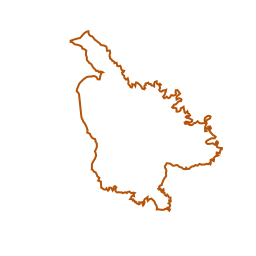 Santa Maria do Oeste, Paraná, Brazil, rotated 209°
{"feature_id": "56859067B61626353113950", "entity_name": "Santa Maria do Oeste", "entity_type": "district", "adm_level": 2, "iso_a3": "BRA", "parent_name": "Brazil", "parent_adm1": "Paraná", "projection": "robinson", "projection_center": [-51.949, -24.903], "detail": "fine", "context": "isolated", "style": "outline", "palette": "amber", "viewbox_px": 256, "rotation_deg": 209, "n_neighbors": 0, "source": "geoboundaries", "source_scale": "gbopen_adm2", "svg_char_len": 5776}
<svg xmlns="http://www.w3.org/2000/svg" viewBox="0 0 256 256"><g transform="rotate(209 128 128)"><path d="M175.2,116.6L173.9,114.9L173.1,114.0L171.8,113.3L170.0,111.8L168.5,111.3L167.2,110.5L164.9,108.9L162.2,106.4L161.4,104.2L160.0,104.4L158.4,104.5L156.9,103.1L154.4,102.0L153.0,101.9L151.5,102.4L150.6,101.7L150.0,100.5L148.6,99.9L147.5,98.8L146.4,97.0L145.8,95.2L145.7,93.5L145.6,91.5L144.6,90.8L143.5,89.6L142.5,88.5L142.2,86.4L142.0,84.8L142.2,83.5L142.2,81.1L142.0,78.9L141.1,77.0L140.1,75.5L139.6,74.2L138.2,74.1L136.5,73.3L134.8,73.5L133.1,72.4L131.4,70.9L128.9,70.5L128.6,68.8L128.6,67.5L125.7,68.0L125.0,66.7L123.1,64.0L122.6,62.9L121.1,62.8L119.3,62.6L117.8,63.3L117.5,64.8L116.6,64.1L115.1,63.5L114.7,64.9L115.5,66.7L114.0,67.5L112.5,66.8L111.1,65.9L111.1,67.6L111.9,69.2L111.3,70.8L109.5,70.5L109.4,68.7L109.1,67.4L107.9,66.6L106.3,66.3L104.9,67.4L103.6,67.8L102.3,68.7L101.0,68.5L99.7,69.9L98.9,70.7L97.5,70.5L97.0,72.2L95.6,73.2L94.4,72.6L93.2,72.9L92.0,74.1L90.6,74.4L91.0,73.0L89.7,71.3L91.4,71.0L91.8,69.8L91.4,68.5L91.6,66.9L89.0,68.0L88.5,66.9L87.1,67.6L86.1,66.6L85.2,67.2L84.1,66.3L83.0,66.6L81.9,66.3L81.0,67.1L82.1,68.5L80.9,68.9L79.6,70.0L78.6,68.8L77.3,67.6L77.1,69.2L77.5,71.1L78.6,71.3L78.8,72.7L78.8,74.2L77.9,75.6L77.4,77.0L76.6,75.2L75.4,73.9L74.8,76.0L73.3,77.6L71.8,77.2L69.9,76.8L68.4,75.9L67.3,74.8L65.7,74.1L64.3,72.7L63.3,70.7L62.1,71.6L60.6,72.1L58.4,73.0L56.8,74.0L56.4,75.2L54.6,76.0L53.6,76.3L54.9,77.4L53.4,78.6L53.5,80.6L54.5,81.5L56.0,81.8L55.4,83.0L56.8,84.5L55.3,84.9L56.4,86.4L57.1,87.7L58.6,87.1L60.1,88.2L61.4,88.7L61.6,87.2L63.5,87.5L64.6,88.9L65.8,88.5L67.0,88.5L66.3,90.3L67.3,91.6L67.9,90.4L68.7,89.3L69.6,90.3L70.9,89.1L72.0,89.5L71.1,90.8L72.3,91.6L71.9,93.5L70.9,94.3L71.3,95.7L71.6,98.2L71.8,100.5L71.7,102.4L71.3,104.4L73.1,107.3L73.6,109.1L74.7,110.3L76.1,111.0L77.2,112.3L77.0,114.0L77.1,115.9L75.2,116.8L73.6,117.3L70.7,116.8L69.5,117.3L68.5,118.2L67.4,119.3L66.0,119.4L64.4,118.9L63.3,119.1L61.9,119.5L60.0,119.0L58.6,119.6L57.5,119.9L57.8,121.4L56.3,121.0L54.8,121.7L54.1,124.1L53.3,125.5L51.8,126.5L51.0,128.3L49.0,128.8L48.0,131.3L46.2,131.5L43.1,133.3L41.9,134.8L40.3,135.2L39.8,136.5L38.3,136.2L38.6,137.7L39.4,138.6L40.3,140.1L39.4,141.3L38.3,140.6L37.0,140.6L37.4,142.0L38.4,143.2L38.1,144.8L37.6,146.0L36.5,146.8L35.7,147.8L37.0,148.2L38.1,148.3L38.5,149.6L37.0,150.1L35.5,150.3L36.5,153.4L35.6,155.0L36.3,156.0L37.5,155.3L38.7,154.9L39.8,154.6L41.2,154.7L42.0,156.1L41.9,158.1L42.7,159.3L43.8,159.5L44.1,158.2L43.5,156.8L43.7,155.5L46.2,155.8L49.1,153.6L50.5,152.7L51.7,152.7L52.9,153.3L53.0,154.8L52.3,156.0L49.9,159.6L47.2,160.9L47.0,162.7L48.2,163.0L50.0,163.0L53.3,164.0L55.7,165.5L57.8,165.9L59.4,165.9L59.9,164.2L61.0,166.1L61.3,168.3L61.4,170.1L62.9,171.8L62.9,173.2L60.9,176.2L61.3,178.0L62.5,178.0L63.6,177.6L64.4,176.8L65.5,174.0L64.9,172.1L64.0,171.2L63.2,169.6L66.6,167.3L67.9,166.9L70.3,167.7L71.4,165.1L72.6,164.3L73.0,162.4L73.8,161.4L75.5,160.5L77.6,161.0L78.7,160.2L80.0,159.4L81.1,160.2L80.5,161.6L78.9,162.3L77.6,162.5L76.2,162.9L75.2,164.8L75.7,166.1L78.0,166.2L80.1,165.9L81.4,165.3L82.8,165.6L82.2,167.3L80.3,167.9L79.9,169.2L81.5,170.0L82.7,169.9L84.1,171.4L85.0,168.8L86.2,169.2L87.1,170.5L88.1,171.4L89.7,173.5L90.5,171.9L91.4,170.9L90.7,169.0L91.1,167.8L92.3,166.4L93.5,165.9L95.1,168.6L97.3,168.3L98.2,167.3L99.4,167.5L99.0,170.8L97.8,171.6L97.1,173.7L96.8,175.5L95.8,176.5L94.7,177.2L95.0,178.8L96.4,179.2L97.9,178.6L99.3,176.5L100.4,177.9L100.6,179.5L99.1,183.3L103.0,185.1L104.5,184.2L103.9,182.5L102.6,181.4L102.7,179.8L103.8,178.4L106.1,177.7L106.1,175.3L106.7,173.9L108.1,173.8L109.3,174.2L109.8,172.9L110.8,171.6L112.5,172.4L112.1,174.8L112.3,176.1L112.6,178.0L113.2,179.9L114.4,178.5L115.6,177.8L116.3,176.0L117.9,175.7L119.3,176.5L119.3,178.6L120.9,180.1L120.3,181.8L121.7,182.1L122.5,180.7L123.9,180.7L125.0,181.6L125.6,182.7L126.9,181.2L126.6,179.5L125.3,177.1L127.1,177.2L128.1,176.6L129.3,177.5L130.9,176.7L132.3,177.5L134.2,175.3L133.3,174.1L134.1,173.0L133.6,171.7L132.3,171.2L132.5,169.8L134.5,169.3L136.2,170.4L138.0,171.4L141.7,172.1L143.0,171.8L142.8,170.4L142.0,168.3L143.2,169.0L145.6,168.4L144.5,166.9L144.4,165.2L145.7,165.1L147.2,166.2L148.3,166.2L149.3,167.0L150.0,168.8L150.8,169.7L152.3,171.3L153.1,169.4L155.3,170.0L156.7,171.8L158.7,172.2L160.1,173.7L159.1,174.8L159.1,176.1L160.6,175.7L162.0,175.9L162.9,176.8L164.0,178.1L165.1,178.6L166.0,177.5L167.5,177.1L168.5,178.4L169.7,179.5L171.2,178.1L172.0,179.2L173.1,179.3L174.5,179.2L175.7,180.0L177.3,180.0L177.9,181.2L179.0,181.8L179.7,183.7L180.2,185.5L181.6,186.9L182.6,186.2L183.6,185.3L184.7,186.6L185.6,187.9L186.6,188.7L188.5,188.6L190.1,188.1L191.6,187.5L193.2,187.9L194.2,188.5L195.6,188.5L198.6,189.1L199.9,189.1L200.9,189.7L202.4,190.3L203.9,190.8L205.1,190.4L206.6,190.5L208.1,191.4L209.5,193.4L210.7,192.4L211.6,190.9L212.2,189.6L212.7,187.7L213.1,185.4L213.7,183.2L215.3,182.1L216.4,180.8L217.7,179.7L220.5,176.5L219.9,175.5L218.7,176.1L215.3,175.4L214.1,175.7L212.8,176.2L210.8,176.6L208.7,176.8L207.3,176.4L206.5,175.3L204.8,175.7L203.4,175.7L202.0,175.5L201.5,174.1L200.6,172.1L199.8,171.2L198.3,169.9L197.4,168.2L196.5,167.3L194.8,166.8L193.4,166.1L192.2,166.2L190.8,165.9L189.1,164.8L187.8,164.2L186.8,163.6L185.3,163.4L183.5,162.5L182.2,163.4L180.3,162.7L179.5,164.1L178.1,164.4L177.0,164.5L178.0,163.1L177.3,159.5L176.3,156.9L178.1,155.9L180.2,157.2L181.5,157.2L182.6,157.1L183.8,156.4L185.0,155.2L186.5,154.4L187.6,153.6L188.8,152.6L190.4,149.2L191.2,146.9L191.7,144.9L192.1,142.9L191.9,141.3L191.7,139.9L191.5,137.7L190.6,135.2L189.3,135.0L188.2,134.5L187.0,133.5L175.2,116.6ZM59.9,164.2L57.9,163.4L59.0,162.6L59.9,164.2ZM55.7,165.5L55.3,168.0L57.0,169.2L58.4,168.0L55.7,165.5ZM53.6,76.3L51.9,75.7L51.9,77.0L53.6,76.3Z" fill="none" stroke="#b45309" stroke-width="2"/></g></svg>